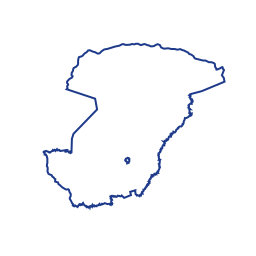 Hurungwe, Mashonaland West, Zimbabwe (orthographic projection), rotated 21°
{"feature_id": "62879985B85730198836463", "entity_name": "Hurungwe", "entity_type": "district", "adm_level": 2, "iso_a3": "ZWE", "parent_name": "Zimbabwe", "parent_adm1": "Mashonaland West", "projection": "orthographic", "projection_center": [29.665, -16.521], "detail": "fine", "context": "isolated", "style": "outline", "palette": "blue", "viewbox_px": 256, "rotation_deg": 21, "n_neighbors": 0, "source": "geoboundaries", "source_scale": "gbopen_adm2", "svg_char_len": 5889}
<svg xmlns="http://www.w3.org/2000/svg" viewBox="0 0 256 256"><g transform="rotate(21 128 128)"><path d="M104.2,220.1L105.7,220.4L105.9,219.4L106.7,219.2L107.1,219.6L108.2,219.5L109.1,219.9L109.4,219.2L109.3,218.4L109.8,217.5L110.6,217.3L110.1,216.4L110.5,216.2L111.6,216.7L112.5,216.4L112.4,215.5L112.9,215.4L112.6,214.9L112.9,214.1L114.7,215.6L115.5,216.0L116.6,215.8L116.9,216.3L117.7,216.7L117.9,216.2L118.8,216.7L118.4,216.2L118.8,216.3L118.6,215.8L119.1,215.7L120.6,216.0L120.3,215.0L120.8,215.6L120.7,214.6L121.3,214.5L121.2,214.2L121.4,214.0L121.9,214.2L121.9,213.9L122.4,213.9L122.4,213.6L122.7,213.9L122.7,213.3L123.0,213.7L123.2,213.2L122.9,213.0L123.8,212.4L124.7,213.3L125.4,212.7L125.3,212.4L126.7,212.3L126.8,211.4L127.9,210.9L128.6,209.1L129.6,209.9L130.2,209.2L130.9,208.9L130.9,208.6L131.5,208.2L131.3,208.0L132.3,207.7L133.2,206.5L136.0,206.4L138.1,205.3L138.8,205.9L139.1,205.2L139.6,205.5L139.6,205.2L139.9,205.1L139.7,204.7L140.5,204.8L140.5,204.3L139.9,204.1L139.7,203.5L138.9,203.4L138.4,201.7L138.8,201.1L138.2,200.9L138.4,200.5L138.0,200.3L137.4,199.2L137.1,199.4L137.1,198.9L136.0,198.4L136.0,198.1L136.4,197.8L136.6,198.2L137.3,197.1L137.8,197.4L138.9,196.6L139.8,196.5L139.9,196.9L140.5,196.3L141.2,196.3L141.6,196.6L142.1,196.3L142.8,194.8L143.4,194.9L144.5,194.4L145.2,194.6L146.2,194.1L146.4,193.3L149.4,194.6L154.8,189.6L152.9,186.8L157.2,183.5L157.6,184.9L158.9,187.1L159.7,187.2L160.3,187.8L160.8,187.3L161.8,187.5L162.4,187.1L163.3,187.5L163.7,186.4L163.4,186.0L163.6,185.7L164.2,186.0L164.1,183.9L165.0,183.9L164.1,182.6L165.0,181.6L164.5,180.1L165.1,180.0L165.7,178.8L165.5,178.4L165.9,178.0L165.7,177.1L166.3,176.5L166.1,175.6L166.5,175.4L166.4,174.9L166.8,174.4L166.5,174.1L167.1,173.8L166.8,173.3L167.3,173.2L167.2,172.5L167.8,171.6L166.4,170.7L167.2,169.9L166.5,169.3L166.7,167.9L167.2,167.5L167.0,167.0L167.3,166.5L167.1,165.6L168.0,164.9L167.1,164.2L166.9,163.7L168.4,163.5L168.1,163.1L168.8,163.0L168.9,162.0L169.8,161.9L169.5,161.2L171.0,161.0L170.6,160.4L170.7,159.9L172.1,159.2L171.2,158.6L171.1,158.1L171.9,157.6L171.6,156.8L171.9,155.5L171.7,154.0L171.9,153.6L171.5,153.4L171.4,152.6L170.8,152.5L170.7,151.3L169.7,150.6L170.1,150.1L169.9,149.4L170.1,149.0L169.2,147.0L169.5,146.1L169.1,146.0L168.2,146.6L168.2,145.8L167.3,144.6L167.3,143.9L166.2,142.8L166.5,142.6L166.5,141.9L165.6,141.1L165.6,140.6L166.5,139.4L166.4,138.8L166.7,138.7L166.8,138.0L166.1,136.7L166.8,136.2L166.2,135.3L167.2,134.6L166.8,133.5L166.8,132.2L167.1,131.7L168.2,131.2L168.1,130.7L167.2,130.5L167.9,128.8L166.2,128.0L166.8,127.9L167.0,126.7L167.4,126.4L167.7,126.6L168.2,126.4L168.1,125.2L168.6,125.5L169.1,125.3L169.1,125.0L168.6,124.7L169.2,124.0L169.6,124.0L169.3,121.4L170.1,120.6L170.8,120.9L171.2,120.7L170.7,120.0L171.0,119.4L170.2,119.0L169.9,118.5L170.3,118.2L170.4,117.6L171.3,117.9L171.6,117.7L171.9,116.2L171.7,115.2L173.3,115.4L173.8,114.1L173.7,112.3L174.5,111.2L174.5,110.3L175.1,110.1L175.0,109.0L176.0,107.8L177.2,107.5L177.7,106.4L177.5,106.0L178.0,105.1L177.6,104.5L178.1,104.1L178.1,103.1L177.6,101.7L177.9,100.5L177.6,98.4L178.1,98.4L179.7,96.9L180.5,95.9L180.9,94.8L182.0,94.2L182.6,93.4L182.4,91.7L181.8,92.1L181.3,91.8L181.0,92.4L181.4,92.7L181.0,92.9L179.9,92.3L179.9,92.0L180.4,91.9L179.7,91.4L179.5,90.2L178.5,88.6L178.8,88.3L178.4,88.1L179.0,88.0L177.4,87.3L177.2,86.0L176.5,85.6L176.7,84.9L176.5,84.7L177.5,82.9L178.5,82.7L178.0,82.1L178.2,81.7L178.6,81.8L178.5,80.4L179.6,79.8L178.0,79.8L178.2,79.3L177.9,78.8L177.4,79.3L177.3,78.8L176.9,79.1L176.2,78.8L175.9,78.4L176.1,78.1L175.2,77.7L175.1,77.0L174.6,77.0L175.0,75.9L174.8,75.4L174.5,75.4L174.3,75.7L173.4,75.5L173.9,74.7L173.9,74.2L183.6,67.2L201.5,50.2L199.4,46.8L196.8,45.2L196.8,39.4L195.3,38.7L194.7,37.5L194.1,37.4L193.6,37.8L192.5,39.4L190.0,41.7L189.5,41.7L189.1,40.8L187.4,39.7L186.1,37.1L185.0,36.6L182.2,36.7L179.9,37.6L176.2,37.2L174.0,38.1L165.8,39.1L164.6,38.6L163.4,37.5L160.7,36.8L158.6,37.0L157.4,36.1L152.6,35.6L150.1,35.8L149.2,35.6L148.3,35.7L147.1,36.6L145.5,37.3L143.4,37.5L140.2,38.7L136.9,39.2L133.5,40.9L132.4,41.1L130.0,40.9L128.1,39.2L125.8,39.1L124.5,40.1L122.8,42.3L121.0,43.2L120.1,43.6L117.8,43.4L116.7,43.7L114.0,43.6L112.9,43.9L110.4,46.0L107.0,45.8L105.1,46.6L104.0,47.6L101.5,48.2L100.2,49.4L97.7,50.6L95.4,51.4L93.7,51.3L92.4,52.0L90.5,54.2L86.9,56.5L80.5,61.5L77.8,63.1L75.8,65.8L75.0,67.9L74.3,68.8L73.0,69.4L69.8,69.0L68.1,69.3L64.6,69.1L63.1,69.8L62.2,72.1L60.8,73.9L59.6,77.0L59.1,77.7L56.9,79.3L56.8,80.8L57.4,83.4L58.4,85.9L58.5,87.2L57.5,89.6L56.1,91.0L55.7,91.9L56.1,94.5L55.7,96.8L56.4,99.0L57.6,99.4L57.8,99.8L57.6,101.0L55.7,103.3L54.5,106.4L55.0,107.8L56.2,108.5L56.6,109.1L56.2,110.8L57.3,112.7L56.8,113.8L86.8,112.4L92.5,121.8L79.2,152.9L79.5,158.2L84.0,171.1L83.4,171.9L83.0,171.5L82.5,171.8L82.4,171.3L82.2,171.7L81.6,171.9L81.3,171.7L81.4,171.1L80.6,171.4L79.8,171.2L79.3,171.7L79.3,170.9L78.6,171.4L78.5,170.6L77.5,171.1L77.3,171.7L77.1,171.4L72.9,173.8L71.8,173.1L70.6,174.0L70.1,173.5L69.6,174.1L69.1,173.5L68.6,174.6L67.9,174.7L68.0,175.1L67.1,174.7L66.9,174.9L67.2,175.4L66.5,176.0L65.8,175.7L65.8,176.5L65.0,177.0L64.2,178.5L63.6,178.6L63.6,179.0L62.6,179.1L61.9,178.7L59.7,178.8L59.4,179.4L59.2,179.2L58.7,179.5L57.8,180.4L57.9,180.8L59.3,181.7L59.7,182.7L61.0,182.3L61.3,182.9L62.3,183.3L63.0,184.7L63.5,185.0L65.4,190.0L65.3,190.7L66.0,192.8L66.9,193.4L67.7,194.9L68.3,197.2L69.8,199.0L70.7,199.4L73.7,199.4L74.7,200.5L76.3,200.8L77.6,201.7L78.5,201.8L79.1,204.1L82.2,203.9L83.3,205.4L84.4,205.5L87.7,206.9L91.6,207.6L92.7,207.5L94.1,206.6L95.0,206.9L96.3,208.7L98.2,210.1L98.9,212.2L98.7,214.1L99.1,215.1L100.5,216.1L102.9,218.3L103.8,218.6L104.2,220.1ZM138.6,156.3L139.4,155.8L140.4,156.4L140.1,157.0L141.1,158.2L141.1,160.3L139.9,161.3L139.4,160.0L138.4,159.9L138.2,159.6L137.5,159.6L136.9,159.1L136.9,158.3L137.2,158.1L137.1,157.4L138.3,156.1L138.6,156.3Z" fill="none" stroke="#1e3a8a" stroke-width="2"/></g></svg>